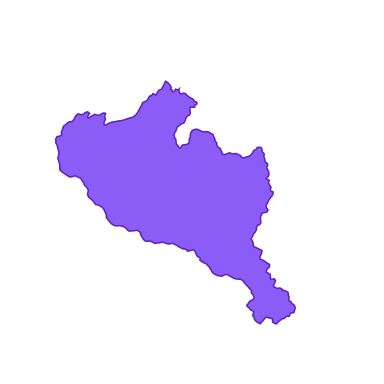 the district of Hojancha, Guanacaste, Costa Rica, rotated 297°
{"feature_id": "36466004B12403637236294", "entity_name": "Hojancha", "entity_type": "district", "adm_level": 2, "iso_a3": "CRI", "parent_name": "Costa Rica", "parent_adm1": "Guanacaste", "projection": "natural_earth1", "projection_center": [-85.409, 9.974], "detail": "fine", "context": "isolated", "style": "filled", "palette": "violet", "viewbox_px": 384, "rotation_deg": 297, "n_neighbors": 0, "source": "geoboundaries", "source_scale": "gbopen_adm2", "svg_char_len": 6082}
<svg xmlns="http://www.w3.org/2000/svg" viewBox="0 0 384 384"><g transform="rotate(297 192 192)"><path d="M136.0,278.9L135.4,279.0L134.0,282.0L133.1,285.0L132.0,287.1L131.5,289.3L131.2,289.7L129.8,290.2L129.1,290.7L127.5,293.9L126.4,295.2L123.9,295.2L122.1,293.8L120.8,293.1L119.9,292.8L118.2,292.8L116.5,292.2L115.8,292.2L115.1,293.3L114.6,295.4L113.6,297.8L113.6,301.0L112.8,301.5L110.1,302.0L108.9,302.7L108.7,304.0L108.3,304.5L106.9,305.4L106.6,305.8L105.7,308.4L105.6,309.6L105.6,311.5L105.4,312.4L109.2,313.6L113.0,314.3L113.7,314.6L114.7,316.4L114.9,318.7L115.7,320.0L115.7,320.8L115.4,321.5L114.5,321.5L114.1,322.5L113.0,322.6L112.7,322.9L112.4,326.1L112.8,326.8L113.5,327.2L116.4,328.2L118.6,329.3L119.9,329.7L120.9,331.4L122.2,332.0L124.2,332.5L124.5,332.9L124.9,334.5L125.5,335.0L126.7,335.0L127.7,334.7L128.7,334.9L129.3,335.7L130.1,336.3L130.7,337.5L131.7,337.5L132.6,337.1L135.0,336.8L136.7,335.8L138.0,333.4L137.8,331.9L138.0,331.2L139.3,329.9L139.0,328.9L139.4,327.9L140.9,326.5L142.2,326.3L142.6,325.9L142.9,325.9L143.6,324.8L145.2,324.0L146.3,322.9L146.3,319.5L145.8,318.4L145.7,316.8L145.9,316.9L146.3,316.8L146.5,314.0L144.7,311.6L144.8,307.6L145.5,307.1L149.9,306.9L150.9,306.7L151.3,306.2L151.9,305.2L151.9,304.3L150.2,302.7L150.2,301.9L151.0,300.9L152.8,300.0L154.1,299.0L154.3,298.7L154.3,294.8L154.7,294.3L155.4,294.1L158.0,294.1L158.2,294.3L159.0,294.3L159.8,294.9L161.2,294.9L162.4,294.2L162.7,293.7L162.7,291.5L163.1,290.1L163.1,288.4L163.4,287.7L163.4,284.7L163.1,283.6L163.1,282.7L165.6,281.9L168.5,281.9L171.4,281.2L171.7,280.2L171.5,271.7L171.9,271.0L173.5,270.2L175.2,268.8L176.9,266.3L177.4,266.0L182.9,266.0L184.1,266.1L184.9,266.5L188.0,266.5L189.3,265.6L192.2,265.5L192.7,266.2L194.2,267.3L196.1,267.3L198.1,265.8L201.0,264.3L204.3,264.2L205.8,264.8L207.7,267.5L209.1,268.0L210.0,268.0L210.5,267.8L211.0,267.1L211.5,265.9L213.2,264.2L220.1,264.2L223.4,264.6L224.9,265.1L226.8,265.1L228.1,264.7L228.9,264.2L228.9,263.4L228.6,262.8L228.6,262.3L229.4,260.8L230.0,260.3L231.6,260.5L232.9,259.2L233.2,258.2L235.1,255.8L237.2,255.7L237.5,255.3L237.4,252.3L237.6,252.0L238.5,252.0L240.2,252.9L241.6,252.9L243.6,252.1L245.1,250.9L247.1,248.0L247.9,247.3L250.3,247.3L251.4,246.7L251.6,246.2L251.9,243.9L252.2,243.3L254.5,241.9L255.5,240.6L256.5,239.8L258.4,239.3L259.1,238.4L259.6,236.4L261.8,235.0L263.0,233.6L263.1,233.1L261.6,230.3L261.2,229.8L259.9,230.0L259.1,229.7L256.7,228.1L254.6,228.2L252.8,227.9L250.4,227.1L245.9,222.6L245.7,221.9L245.7,220.5L245.8,219.8L246.6,218.5L246.4,217.0L246.4,213.6L245.3,212.5L244.5,210.8L243.9,207.5L240.2,204.2L240.0,203.7L239.8,201.8L241.9,199.6L242.2,198.6L243.5,197.7L244.2,193.9L244.5,193.7L245.5,192.3L246.0,192.3L247.0,191.6L248.2,189.0L249.8,188.2L251.4,185.8L252.4,185.2L252.8,184.3L252.8,180.7L253.1,179.8L252.8,178.4L251.1,175.4L250.5,173.9L250.4,168.8L250.0,167.4L249.7,166.9L247.1,164.3L244.7,164.0L243.0,164.2L240.3,165.4L238.0,165.5L235.3,166.9L233.4,166.7L232.6,166.2L230.5,163.7L229.5,162.1L228.9,161.8L226.1,161.8L225.6,161.4L225.6,160.7L226.6,158.5L227.2,158.1L227.2,157.1L227.7,156.2L231.4,153.8L232.8,151.5L235.5,149.7L237.3,149.7L238.3,150.0L241.2,149.6L244.3,149.7L245.7,150.7L248.1,151.7L249.1,152.9L250.1,153.4L252.4,153.6L254.3,153.1L256.1,153.1L258.6,153.9L259.4,154.9L261.8,154.7L263.4,153.4L265.9,152.0L266.5,152.0L267.1,152.5L268.8,155.9L270.3,155.1L271.2,155.4L272.2,156.3L273.7,156.1L274.2,154.8L273.8,152.7L274.2,152.6L275.3,150.6L275.2,149.6L275.3,146.6L276.1,143.0L276.6,141.9L276.5,139.9L275.8,139.0L274.6,138.1L274.4,137.7L274.4,136.7L274.9,135.8L276.8,134.1L278.0,133.8L277.4,133.6L276.4,132.6L276.2,130.7L273.4,130.4L272.6,129.4L272.6,128.6L273.9,128.0L274.0,126.3L275.2,126.2L276.0,125.7L277.1,124.2L278.6,120.4L278.6,118.0L277.8,118.2L269.7,118.2L267.4,116.1L262.5,115.9L261.9,115.4L262.0,112.8L261.8,112.5L259.2,112.1L258.7,111.1L257.8,110.6L253.8,110.5L252.4,109.9L249.0,107.3L248.1,107.7L238.8,107.5L235.5,107.1L232.2,105.6L226.8,100.0L225.9,99.4L223.1,96.1L221.5,93.5L219.5,91.4L218.1,88.9L215.1,86.5L214.9,86.1L214.5,86.1L212.7,85.0L212.2,84.2L212.1,83.5L213.2,82.3L215.2,81.9L217.0,81.9L217.7,81.7L219.0,80.4L220.5,79.6L222.7,79.5L222.7,78.3L222.5,77.6L220.8,76.0L218.9,75.0L218.4,74.5L218.3,73.9L217.2,72.3L217.1,70.2L213.3,67.6L211.8,66.9L211.0,66.1L211.0,65.3L211.4,64.8L214.4,64.8L215.4,65.2L216.0,63.5L216.0,62.7L215.7,62.0L213.8,60.5L212.7,60.5L211.9,59.8L210.2,57.3L210.1,55.3L209.9,55.1L208.7,54.4L207.1,53.9L201.9,53.7L200.5,53.2L198.7,50.7L196.9,49.7L194.5,48.8L193.1,47.9L190.5,47.7L189.5,48.1L185.6,48.6L184.3,49.5L183.0,49.8L181.5,48.5L181.0,47.5L180.0,47.0L180.0,46.6L177.1,46.5L176.5,47.1L174.0,48.3L172.0,51.1L170.6,52.0L167.9,54.5L166.2,55.8L165.5,55.9L164.9,56.4L161.6,56.9L156.7,61.4L152.0,64.0L151.5,64.8L151.4,65.6L150.8,67.1L149.8,76.0L150.8,77.9L153.4,80.5L153.6,86.6L152.5,88.6L151.9,89.4L151.9,89.8L151.6,90.0L150.9,91.7L149.8,92.5L149.5,92.6L149.0,93.8L148.7,95.4L147.1,98.1L146.3,98.9L142.4,100.0L140.5,102.2L139.7,106.2L138.5,109.1L137.4,111.0L137.2,111.8L137.2,112.6L137.7,113.7L137.9,114.9L137.7,118.2L137.2,120.1L136.3,121.7L133.1,125.7L132.1,126.3L131.7,127.0L130.6,127.0L130.1,127.5L129.5,129.4L128.5,131.2L127.0,135.0L126.9,137.9L127.1,139.1L128.0,141.0L128.8,141.9L130.1,146.2L130.1,148.7L128.7,152.5L128.6,153.7L130.8,157.4L132.9,160.3L132.9,162.4L132.6,163.6L131.9,165.0L131.2,165.2L130.2,166.2L128.6,169.0L127.9,169.9L127.1,172.1L127.1,172.9L127.4,173.7L127.8,174.3L127.8,174.7L128.7,175.8L129.5,178.4L129.3,179.6L129.4,182.6L130.8,184.2L132.0,186.2L134.0,188.4L134.7,194.0L135.7,195.8L137.2,197.5L137.5,198.2L137.5,202.9L137.2,204.5L137.2,210.0L138.1,211.8L138.1,213.1L138.1,213.5L137.3,214.6L137.4,215.4L138.5,216.2L138.5,216.5L141.0,219.2L140.8,220.8L140.4,221.9L138.1,224.3L137.2,225.9L136.9,226.8L137.1,228.8L136.3,229.6L135.1,229.7L134.7,230.6L134.3,233.7L134.4,237.8L133.3,240.2L133.0,241.7L131.9,242.8L131.3,244.2L129.8,246.4L129.1,248.4L129.1,253.0L130.0,255.0L130.3,256.5L131.4,257.6L133.1,258.6L134.4,260.8L134.1,268.8L134.6,270.9L136.3,275.1L136.0,278.9Z" fill="#8b5cf6" stroke="#5b21b6" stroke-width="1.5"/></g></svg>